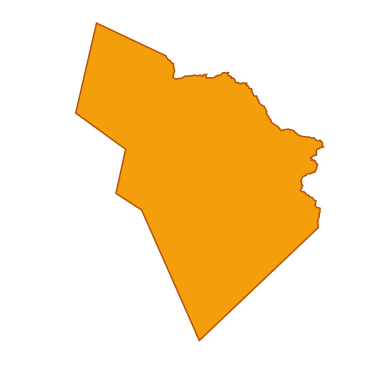 the district of Obura/Wonenara District, Eastern Highlands, Papua New Guinea, rotated 283°
{"feature_id": "67681753B51845226746090", "entity_name": "Obura/Wonenara District", "entity_type": "district", "adm_level": 2, "iso_a3": "PNG", "parent_name": "Papua New Guinea", "parent_adm1": "Eastern Highlands", "projection": "orthographic", "projection_center": [145.927, -6.831], "detail": "fine", "context": "isolated", "style": "filled", "palette": "amber", "viewbox_px": 384, "rotation_deg": 283, "n_neighbors": 0, "source": "geoboundaries", "source_scale": "gbopen_adm2", "svg_char_len": 5722}
<svg xmlns="http://www.w3.org/2000/svg" viewBox="0 0 384 384"><g transform="rotate(283 192 192)"><path d="M242.8,60.9L218.7,117.7L173.6,118.2L163.1,147.0L65.7,220.0L48.9,232.5L121.4,280.5L185.2,322.7L185.8,323.1L187.0,322.7L187.9,322.4L189.3,321.9L189.8,321.7L190.4,321.6L191.0,321.5L191.3,321.2L192.1,320.8L194.7,321.3L196.3,321.4L199.4,320.9L200.2,321.1L201.3,321.3L202.1,320.8L204.4,320.6L205.0,320.3L205.2,319.5L204.9,318.0L205.7,315.6L206.2,315.0L207.0,314.8L208.1,315.2L210.1,314.7L211.2,314.8L211.5,314.1L211.5,313.4L211.8,312.5L212.5,311.9L213.3,310.9L213.6,309.9L213.9,308.5L213.8,307.8L214.0,307.4L214.6,307.0L215.0,306.4L215.2,305.3L215.5,303.9L215.8,303.4L216.3,303.0L216.8,302.5L217.1,301.7L217.4,301.2L217.3,300.4L217.2,299.5L217.1,298.6L218.0,297.0L218.5,297.0L219.1,297.7L219.9,298.0L221.0,297.8L221.7,298.3L222.3,298.3L222.7,298.5L223.1,298.5L223.5,298.1L223.9,297.3L224.2,296.9L225.1,296.9L225.8,296.9L226.8,295.5L227.5,295.6L227.9,295.8L228.6,296.1L228.9,295.9L230.7,296.0L231.3,296.3L232.0,296.7L232.6,297.7L233.3,298.0L233.5,298.2L233.4,299.0L233.7,299.5L234.5,299.5L235.7,300.6L236.0,301.4L236.5,302.3L236.6,302.8L236.5,303.6L236.8,304.0L237.5,304.4L237.9,305.1L238.3,305.3L238.4,306.1L238.9,306.4L238.8,306.7L239.3,307.4L239.8,307.4L240.5,307.5L240.9,307.6L241.4,308.0L242.5,307.9L243.0,308.1L243.7,308.2L244.4,307.9L244.8,307.8L245.7,307.9L246.5,308.3L246.9,308.1L247.5,307.6L248.1,306.9L249.0,305.5L249.9,305.3L250.1,304.9L250.3,303.7L250.1,303.2L249.7,302.4L249.8,301.4L250.3,301.7L250.8,302.2L251.1,301.6L251.5,300.5L251.8,299.9L252.2,300.2L253.1,301.0L254.5,302.1L254.7,302.7L255.2,303.1L255.6,303.9L255.7,304.7L256.2,305.1L256.8,304.5L257.4,304.4L258.0,304.4L258.6,304.4L259.9,303.9L261.2,303.9L262.0,304.4L262.3,305.1L262.7,306.0L264.0,306.6L264.0,307.4L264.2,307.6L265.5,310.0L266.9,308.2L268.4,308.2L269.8,307.8L270.0,307.6L270.1,307.1L270.1,306.2L270.9,305.8L271.3,305.4L271.3,305.2L270.8,304.7L270.3,303.7L270.3,303.3L270.6,301.5L270.6,300.5L271.1,300.1L272.2,299.1L272.0,298.7L272.1,298.2L271.6,297.6L271.7,297.1L271.5,296.2L271.9,294.6L271.6,293.2L271.7,292.5L271.4,291.8L271.4,290.6L271.2,289.6L271.3,288.6L271.0,287.9L271.1,285.5L271.1,284.9L271.4,283.7L271.6,283.2L271.7,281.9L272.6,280.9L273.0,279.9L273.8,278.1L274.3,278.0L274.6,277.8L274.7,276.8L274.7,275.6L275.0,274.7L274.7,274.0L274.7,273.2L275.1,272.3L274.7,271.6L274.6,270.9L274.3,270.0L273.9,268.6L273.4,267.9L272.7,266.2L272.1,265.8L271.9,265.2L274.3,262.0L274.6,261.4L275.1,260.7L275.4,260.2L275.4,259.5L275.8,259.0L275.9,258.6L276.0,258.0L275.9,257.2L276.3,256.9L276.8,256.5L276.9,255.8L277.2,255.2L277.5,254.2L277.8,253.7L278.4,253.4L279.6,252.8L280.3,252.3L280.5,251.9L280.9,251.1L281.1,250.7L282.1,250.0L282.6,249.7L283.1,249.0L283.9,248.6L284.3,247.4L284.8,247.1L285.3,246.7L285.9,246.8L286.7,246.9L287.0,246.8L287.4,246.3L288.1,246.2L288.4,246.0L288.8,245.5L289.3,245.2L289.7,244.9L290.1,244.4L290.8,243.7L291.3,243.4L291.6,243.0L291.7,242.5L291.8,241.7L292.1,241.3L292.3,240.8L292.5,240.2L292.7,239.7L293.0,239.1L293.2,238.3L293.3,237.7L293.6,237.3L294.4,237.2L295.1,237.0L295.7,236.7L296.3,236.4L297.0,235.7L297.5,234.9L297.8,234.2L298.3,234.0L298.9,233.9L299.7,233.8L300.1,233.3L299.9,232.8L299.7,232.5L299.6,232.0L299.8,231.4L299.8,230.8L300.3,230.1L300.7,229.7L301.2,229.5L301.7,229.2L302.1,228.8L302.4,228.5L303.0,228.2L303.5,227.8L304.0,227.6L304.9,227.4L305.4,227.2L305.8,227.0L306.0,226.6L305.9,226.3L306.0,225.7L305.9,225.1L305.7,224.8L305.5,224.4L305.9,224.2L306.3,224.1L307.5,223.4L307.7,223.1L307.8,222.6L308.0,222.3L308.4,222.1L308.6,221.7L308.3,220.7L308.6,220.5L309.1,220.8L309.5,220.7L309.8,220.6L310.2,220.8L310.5,220.7L310.4,220.4L310.0,219.6L309.8,218.8L309.8,218.2L309.8,217.4L309.6,216.7L309.3,216.4L308.6,216.3L308.4,215.9L308.5,215.5L308.6,215.0L308.7,214.5L308.2,213.8L308.1,213.3L308.2,213.0L308.7,212.8L309.1,212.6L309.1,212.2L308.9,211.6L308.5,211.0L308.4,210.2L308.5,209.8L308.9,209.6L309.5,209.3L310.2,209.0L310.7,208.7L311.7,207.9L311.8,207.1L312.0,206.7L312.3,206.0L312.2,205.4L311.9,204.8L311.9,204.4L312.2,204.2L312.5,204.3L312.9,204.4L313.2,204.1L313.5,203.3L313.5,202.4L313.7,201.7L314.0,200.9L315.0,200.0L315.8,200.5L316.6,200.9L316.7,200.6L315.9,199.5L315.7,198.8L315.6,198.0L315.6,197.0L315.4,196.2L315.2,195.6L314.8,194.9L314.1,194.5L313.1,194.1L312.7,193.7L312.2,193.2L311.9,192.9L311.8,192.2L311.6,191.1L310.7,190.0L310.3,189.7L310.2,189.3L309.8,189.0L309.5,188.6L308.8,187.9L308.1,187.2L307.7,186.7L307.4,185.8L307.4,185.5L307.6,185.1L307.6,184.5L307.4,183.7L307.0,183.2L306.9,182.7L306.9,181.7L306.5,180.9L306.3,180.3L306.7,180.0L307.0,179.8L307.9,179.7L308.5,179.6L309.8,179.7L309.4,179.3L309.2,178.8L309.2,178.1L309.1,177.2L308.7,176.7L308.1,176.7L307.5,176.4L306.9,175.8L306.9,175.4L307.3,174.8L307.7,174.0L307.7,173.6L307.5,173.0L307.1,172.5L306.6,172.3L306.4,171.9L306.4,171.4L306.5,170.6L306.5,169.7L306.4,168.7L306.3,167.3L305.9,167.0L305.4,166.6L305.3,166.1L305.0,165.5L305.0,164.9L305.0,164.0L304.7,163.5L304.1,162.5L304.0,162.2L304.0,161.8L304.0,161.2L303.7,160.6L303.4,160.1L303.3,159.5L303.3,159.0L303.0,158.7L302.5,158.3L302.1,157.9L301.9,157.6L301.3,157.2L300.8,156.7L300.4,156.2L300.1,155.6L299.9,154.8L299.7,153.7L299.2,153.0L298.9,152.3L298.8,151.6L298.6,150.9L298.7,150.5L298.8,150.0L298.8,149.6L298.7,149.1L298.8,148.6L299.0,148.2L299.3,148.0L300.0,147.7L300.7,147.4L301.2,147.4L301.7,147.5L302.1,147.7L302.6,147.6L303.4,147.6L304.6,147.5L305.5,147.9L305.8,147.9L306.3,147.6L307.3,147.2L308.2,147.0L309.9,145.7L311.3,145.4L312.9,145.1L313.2,143.7L313.4,142.6L314.9,141.5L315.3,141.1L315.4,140.1L315.5,139.4L315.8,138.7L316.4,138.3L317.0,137.3L317.6,136.9L318.7,136.2L335.1,61.0L242.8,60.9Z" fill="#f59e0b" stroke="#b45309" stroke-width="1.5"/></g></svg>